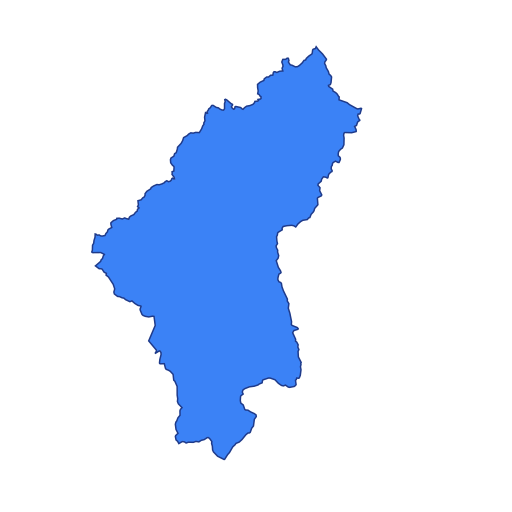 outline of Tay Giang, Quàng Nam, Vietnam, rotated 145°
{"feature_id": "81297802B8357375846053", "entity_name": "Tay Giang", "entity_type": "district", "adm_level": 2, "iso_a3": "VNM", "parent_name": "Vietnam", "parent_adm1": "Quàng Nam", "projection": "robinson", "projection_center": [107.448, 15.895], "detail": "fine", "context": "isolated", "style": "filled", "palette": "blue", "viewbox_px": 512, "rotation_deg": 145, "n_neighbors": 0, "source": "geoboundaries", "source_scale": "gbopen_adm2", "svg_char_len": 6100}
<svg xmlns="http://www.w3.org/2000/svg" viewBox="0 0 512 512"><g transform="rotate(145 256 256)"><path d="M281.4,141.3L280.9,142.5L280.2,142.7L280.0,143.2L279.2,149.0L276.3,153.7L274.5,154.8L274.0,157.4L272.4,159.1L272.0,162.2L272.5,163.5L271.3,165.1L270.0,172.1L267.7,173.2L263.7,171.9L263.1,172.3L263.2,173.6L266.3,178.5L266.3,179.7L264.6,181.7L261.1,189.7L259.5,194.7L256.4,198.1L256.2,201.2L255.0,202.7L253.5,211.8L252.4,215.9L250.9,219.0L251.0,220.2L252.0,221.7L251.7,224.0L250.7,225.4L247.7,228.0L245.5,227.9L244.9,228.2L244.4,229.9L244.2,233.9L242.1,240.6L239.2,241.5L237.2,243.3L236.1,246.8L234.9,248.3L234.6,250.8L234.0,252.3L233.5,252.9L231.3,253.8L230.4,256.1L228.1,260.0L226.5,260.9L225.0,262.5L224.2,262.7L219.5,262.4L218.7,263.8L216.8,264.6L213.3,263.1L209.2,260.7L207.7,259.1L206.8,257.0L203.2,258.2L199.6,258.6L197.2,258.4L193.0,256.4L191.2,257.0L189.8,256.6L187.0,258.5L183.8,259.2L182.5,259.8L180.7,261.3L175.9,262.5L172.6,268.1L171.8,268.4L168.0,267.8L167.1,268.3L166.4,273.0L164.4,275.2L164.7,278.4L163.7,279.4L159.8,279.8L158.1,281.3L155.4,282.2L153.5,280.4L152.9,279.0L152.2,278.9L149.7,281.2L146.8,281.8L145.3,281.6L144.7,282.2L144.4,284.3L143.0,286.0L141.5,286.6L140.3,287.9L139.1,288.3L136.5,288.1L135.1,285.5L134.3,285.0L131.6,286.6L130.8,287.8L130.6,288.8L131.1,290.9L130.1,292.5L128.6,294.0L127.6,294.4L125.4,294.9L123.3,294.9L120.2,296.7L116.2,302.1L115.1,304.5L113.6,306.1L112.4,306.2L106.9,302.1L102.6,300.5L102.3,300.7L101.5,302.2L100.9,305.6L98.8,305.3L96.3,307.2L95.3,307.6L93.3,307.5L93.0,307.8L93.1,309.1L92.3,312.6L90.9,313.7L89.7,312.9L89.0,313.0L85.0,316.2L85.2,316.8L88.2,318.0L88.9,318.8L92.6,326.4L93.4,329.3L98.4,336.3L96.6,338.6L96.8,339.6L96.6,342.1L97.0,344.1L98.3,347.0L97.5,348.7L99.2,353.2L98.8,354.2L96.8,353.8L96.3,354.1L95.0,355.1L91.4,359.3L91.3,361.0L91.8,363.1L90.9,365.6L90.5,370.0L89.7,371.8L89.4,374.3L88.3,375.5L85.9,376.3L85.4,376.8L85.6,383.3L86.6,388.9L86.7,392.9L88.4,391.9L90.5,392.6L91.4,392.3L93.6,389.9L94.5,389.4L97.9,389.5L101.5,389.0L102.9,388.1L104.5,388.7L107.3,387.7L111.0,387.2L113.4,387.3L115.3,388.4L117.0,391.5L118.3,393.0L118.2,396.3L116.9,397.2L116.1,399.4L117.0,400.2L118.9,400.1L121.3,401.7L123.6,400.1L124.4,397.1L125.2,395.8L126.9,394.9L127.9,392.2L130.7,393.8L133.7,394.4L134.6,395.9L135.5,396.6L136.6,396.3L138.5,394.5L140.4,395.7L143.0,395.4L144.6,396.5L147.6,396.4L148.9,395.3L152.8,396.0L156.3,395.7L158.1,393.0L159.5,390.0L161.6,387.9L160.8,386.4L161.0,384.7L160.5,383.8L161.5,382.2L162.2,382.0L164.6,383.1L164.7,382.0L165.8,381.9L168.2,383.3L169.1,382.6L171.0,382.0L172.1,382.1L174.7,382.7L177.7,384.1L180.3,384.1L182.5,383.6L182.9,384.1L183.4,386.4L186.8,390.1L187.8,390.2L188.3,389.5L189.3,388.9L190.2,389.1L190.7,391.4L190.6,392.3L188.5,393.2L188.3,393.8L189.0,395.1L190.4,400.6L191.1,401.9L191.9,402.0L192.7,400.1L194.3,399.0L197.3,394.7L198.9,394.1L200.1,395.1L201.3,397.1L201.8,398.9L203.4,400.6L204.7,403.9L205.6,404.6L206.2,404.6L208.3,403.7L210.4,403.6L211.6,402.8L213.0,402.4L213.4,402.1L213.8,400.8L214.4,401.0L215.1,402.4L218.5,399.2L220.3,396.0L222.5,394.9L223.1,393.8L225.1,393.1L227.5,391.4L231.6,389.6L234.6,391.9L236.9,392.6L238.8,394.3L241.2,394.5L243.3,394.1L247.4,394.5L249.9,392.6L252.7,391.2L257.9,390.1L259.1,388.7L262.1,386.4L264.0,386.5L266.0,384.9L269.5,385.0L270.9,383.9L272.4,381.3L272.4,378.3L271.9,376.5L272.3,375.6L274.6,372.7L276.4,373.2L277.3,371.7L278.0,371.0L277.9,367.5L278.5,366.0L279.1,366.3L279.8,367.7L280.6,367.6L281.9,366.7L283.5,366.5L285.1,367.1L285.9,368.8L287.9,369.0L288.9,368.6L291.7,369.0L294.5,369.9L296.2,371.4L299.7,372.1L302.6,372.2L303.8,371.4L308.3,371.6L311.1,370.7L312.1,369.3L314.0,368.4L315.3,368.6L317.9,367.9L321.0,369.0L323.1,365.2L324.7,364.4L324.3,362.5L326.3,362.2L327.6,360.9L329.6,360.9L332.3,360.0L335.7,360.6L337.4,360.4L339.2,359.2L341.0,361.3L341.7,362.5L344.3,363.0L346.3,365.4L348.4,366.7L349.1,366.0L352.5,366.8L355.3,366.5L356.0,366.3L356.8,364.9L357.8,362.1L361.3,362.5L362.3,362.3L363.9,361.0L366.1,360.5L367.9,359.4L370.7,360.6L371.8,361.7L372.4,363.2L374.1,364.1L374.5,365.6L375.1,366.3L377.0,363.8L379.8,361.6L381.7,359.5L383.7,358.6L386.7,354.6L388.2,353.5L388.2,353.0L387.8,352.4L381.2,347.9L379.3,344.3L381.0,343.7L383.3,341.9L384.8,341.8L386.4,340.7L393.2,340.0L391.8,335.6L390.0,334.2L389.6,333.4L389.7,329.8L388.5,327.6L389.8,326.3L388.9,323.5L389.2,314.7L390.6,310.1L393.1,308.0L393.8,306.2L392.6,302.3L391.0,300.9L389.7,298.6L388.4,297.3L387.9,295.1L385.5,290.9L383.4,290.4L382.5,286.7L381.0,283.2L379.0,281.1L379.1,280.6L381.4,279.0L381.9,278.0L382.9,273.5L382.6,272.1L381.3,270.1L378.8,267.6L375.2,266.0L374.2,265.0L378.4,256.9L392.6,248.0L391.6,236.1L392.1,235.2L394.1,234.3L394.1,234.0L389.6,233.7L389.2,233.2L389.2,231.5L390.2,229.8L394.1,226.4L396.2,224.0L396.6,223.2L396.0,222.4L392.9,220.4L394.6,215.9L394.6,214.7L393.2,212.6L392.4,210.8L391.8,206.6L394.6,201.5L394.3,199.9L395.4,194.4L400.4,187.2L402.0,184.0L403.8,181.9L404.4,179.5L403.6,174.2L405.9,173.7L407.1,172.8L409.6,169.1L412.8,168.2L415.6,166.3L416.9,165.9L418.6,164.4L421.0,159.8L421.6,155.5L424.8,155.0L425.6,154.4L427.0,151.2L426.5,149.2L426.8,146.6L422.9,146.3L421.3,144.9L420.5,142.9L418.1,142.2L414.2,139.3L411.6,138.6L409.4,136.5L406.6,136.4L403.7,135.3L400.1,135.2L399.2,134.6L398.7,133.2L398.6,129.4L399.9,127.9L400.8,125.3L402.8,122.0L403.2,119.9L402.3,114.0L398.9,107.7L398.4,107.4L393.1,109.6L390.5,110.2L384.5,113.0L381.4,113.4L379.9,114.0L376.5,113.2L372.7,113.7L366.8,115.4L364.1,115.6L362.8,114.8L361.8,114.9L358.3,117.4L355.6,118.2L351.0,123.2L347.9,124.3L347.1,125.8L347.8,127.9L349.9,131.5L351.0,134.3L352.9,135.9L353.2,136.7L351.9,141.3L352.8,144.3L351.7,146.7L349.3,149.7L348.5,150.2L345.7,150.3L345.3,152.4L343.6,153.7L341.4,153.8L336.4,152.6L332.2,150.4L328.3,149.2L326.9,149.3L323.7,148.6L322.1,150.3L321.2,150.5L315.8,148.9L314.4,147.9L311.4,143.7L310.7,138.9L309.4,135.4L308.1,133.9L305.9,133.3L304.8,130.2L303.8,129.1L299.5,127.2L297.8,127.3L296.9,127.7L294.9,131.6L293.8,131.7L292.7,132.7L291.2,131.4L290.5,131.3L288.2,132.8L284.4,137.0L283.1,139.8L281.4,141.3Z" fill="#3b82f6" stroke="#1e3a8a" stroke-width="1.5"/></g></svg>